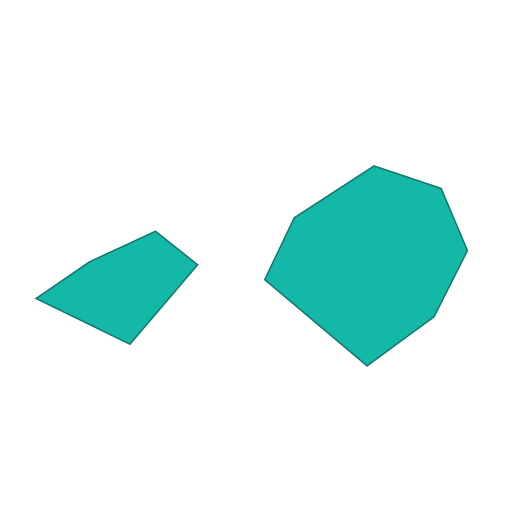 Planken, Equal Earth projection, rotated 103°
{"feature_id": "LIE-4901", "entity_name": "Planken", "entity_type": "state/province", "adm_level": 1, "iso_a3": "LIE", "parent_name": "Liechtenstein", "parent_adm1": "", "projection": "equal_earth", "projection_center": [9.551, 47.174], "detail": "fine", "context": "isolated", "style": "filled", "palette": "teal", "viewbox_px": 512, "rotation_deg": 103, "n_neighbors": 0, "source": "natural_earth", "source_scale": "10m", "svg_char_len": 337}
<svg xmlns="http://www.w3.org/2000/svg" viewBox="0 0 512 512"><g transform="rotate(103 256 256)"><path d="M338.1,123.1L277.1,242.2L210.1,227.3L141.7,161.3L148.5,90.8L203.2,51.2L275.1,68.8L338.1,123.1ZM277.7,310.9L370.3,359.0L346.9,460.8L299.0,416.8L254.5,359.5L277.7,310.9Z" fill="#14b8a6" stroke="#0f766e" stroke-width="1.5"/></g></svg>